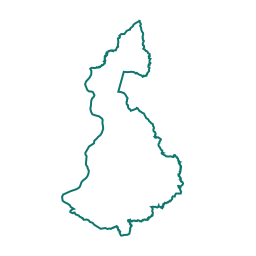 Central Gonja, Northern, Ghana (Robinson projection), rotated 95°
{"feature_id": "2480657B60919857809422", "entity_name": "Central Gonja", "entity_type": "district", "adm_level": 2, "iso_a3": "GHA", "parent_name": "Ghana", "parent_adm1": "Northern", "projection": "robinson", "projection_center": [-1.24, 8.941], "detail": "fine", "context": "isolated", "style": "outline", "palette": "teal", "viewbox_px": 256, "rotation_deg": 95, "n_neighbors": 0, "source": "geoboundaries", "source_scale": "gbopen_adm2", "svg_char_len": 5846}
<svg xmlns="http://www.w3.org/2000/svg" viewBox="0 0 256 256"><g transform="rotate(95 128 128)"><path d="M49.6,117.1L48.5,117.9L48.6,118.2L47.7,119.7L46.2,118.9L44.6,119.3L44.4,120.2L43.3,120.6L42.3,120.6L40.1,119.8L39.5,120.0L39.3,120.6L37.2,121.3L36.8,121.0L35.4,121.5L33.4,121.0L31.7,121.5L31.0,122.3L29.1,123.3L26.7,123.8L25.2,124.8L23.4,124.2L21.0,125.7L20.3,125.7L20.2,126.1L20.8,126.4L22.5,129.1L23.9,130.8L25.0,131.7L26.2,132.0L28.7,134.5L29.9,134.6L30.0,135.5L31.4,137.8L34.7,139.8L35.0,142.9L36.9,144.7L38.1,143.9L39.1,144.5L39.6,145.8L43.5,145.1L46.1,145.4L47.8,144.9L48.3,145.2L48.4,145.9L51.7,147.0L51.6,147.6L52.2,149.0L52.1,150.1L52.7,149.9L52.6,150.7L52.3,150.8L52.5,151.1L52.3,152.0L52.8,152.8L52.7,153.5L52.9,153.8L53.1,153.6L54.3,155.0L54.4,155.8L55.2,156.0L55.6,155.4L56.0,155.9L56.3,155.5L56.6,155.8L57.3,155.4L57.8,156.6L58.1,156.5L58.4,156.8L58.2,157.2L58.4,157.3L58.6,156.9L58.8,157.3L59.2,157.3L59.5,156.9L60.1,157.3L60.9,157.3L62.3,156.7L62.3,157.1L63.1,157.0L63.4,157.4L63.5,157.0L64.0,157.3L64.4,156.7L65.4,157.2L65.7,157.0L65.8,157.3L67.2,158.1L67.6,158.6L67.5,159.5L68.7,160.0L69.1,160.9L69.6,161.0L69.9,161.6L69.7,162.0L70.0,162.2L69.7,162.5L70.4,163.3L70.6,163.8L70.3,164.3L70.6,164.4L71.2,166.6L71.2,169.6L72.3,170.8L74.4,169.4L78.0,169.3L81.2,170.7L85.6,174.0L88.4,174.5L93.6,171.9L94.9,170.1L94.9,167.5L95.4,166.0L98.2,164.3L99.7,164.7L101.9,166.4L104.2,167.0L109.1,166.9L111.9,167.2L114.7,166.4L117.4,164.8L118.2,161.9L118.9,157.9L120.8,154.8L122.1,154.0L125.4,153.9L129.1,152.9L131.0,152.7L134.9,153.6L137.5,154.9L139.5,157.0L141.0,158.0L143.6,160.4L146.3,160.6L149.7,165.1L156.4,168.3L158.1,168.1L159.6,166.8L167.5,166.8L168.9,166.2L170.5,164.9L171.8,164.6L174.0,163.3L176.9,163.4L180.0,164.4L182.1,165.9L184.1,168.2L186.0,169.6L190.3,170.7L191.5,171.4L193.4,173.9L196.0,179.8L199.9,186.7L202.2,187.7L206.1,186.8L207.4,184.8L208.7,181.4L209.9,179.3L211.7,178.1L213.3,174.9L213.9,176.3L215.4,178.0L216.7,178.2L217.1,177.4L217.7,175.6L216.9,174.4L216.9,173.8L217.4,173.7L218.7,172.5L219.4,169.5L220.4,168.8L221.6,165.6L222.0,165.6L222.3,164.8L222.9,164.6L223.3,164.0L222.8,161.4L223.0,160.0L223.7,158.8L224.8,157.9L225.6,154.9L227.3,153.3L230.8,146.3L229.7,142.2L229.9,140.9L230.4,139.6L229.7,137.5L230.0,136.2L229.4,135.7L229.1,134.8L228.7,134.6L228.6,133.5L227.8,133.0L227.5,131.8L226.7,130.8L227.6,129.7L228.2,129.9L228.3,129.4L230.3,128.9L230.3,128.4L230.9,128.4L230.9,127.9L231.6,127.0L231.9,127.3L232.8,126.9L233.0,127.2L235.5,125.8L235.8,125.3L235.4,123.6L234.9,122.8L234.5,119.5L233.4,117.6L233.0,117.4L228.7,116.9L227.9,117.2L226.8,116.7L225.9,116.7L225.1,115.8L224.6,116.0L224.6,116.5L224.2,116.4L224.0,116.9L223.3,117.2L223.3,117.8L222.1,117.9L221.7,118.4L220.3,119.0L220.8,119.6L220.0,120.0L219.7,119.6L219.7,118.2L219.3,117.9L220.1,117.3L220.3,116.6L220.8,116.0L220.0,115.3L219.6,113.4L220.0,112.9L219.8,112.7L220.0,112.0L219.9,110.8L219.1,110.5L219.0,110.0L219.2,109.0L219.9,107.9L219.7,107.4L220.0,106.8L219.9,106.4L219.3,106.3L218.8,105.2L218.5,105.4L218.1,105.0L218.2,104.3L217.6,103.5L218.0,102.2L217.6,101.2L218.0,100.8L217.8,100.4L217.0,99.8L216.8,100.6L216.1,100.3L216.1,99.6L215.1,99.5L215.0,98.1L213.7,97.2L213.9,97.0L213.6,96.6L213.5,96.9L213.1,96.7L213.1,96.2L212.5,96.0L212.2,96.3L211.8,95.9L209.9,95.9L209.1,96.5L208.1,96.7L206.7,96.3L205.2,97.0L204.6,97.8L204.3,96.7L204.2,93.3L204.7,92.1L204.2,91.2L202.7,90.7L203.3,90.5L203.6,90.0L203.9,88.6L204.6,87.9L204.9,86.9L204.3,86.9L203.9,86.5L203.7,86.9L203.0,86.7L202.8,86.9L202.3,86.6L202.4,86.1L200.8,86.2L200.8,85.6L200.2,85.6L199.8,84.6L199.4,84.6L199.6,83.7L199.0,83.3L199.0,82.3L198.6,82.1L198.7,81.7L197.7,80.9L197.6,80.2L197.3,80.3L196.7,79.9L196.8,79.2L196.4,78.7L195.2,78.2L194.9,77.8L193.5,78.0L192.2,77.4L192.2,75.5L190.4,75.2L189.1,74.4L188.7,69.8L186.9,69.5L185.3,70.6L184.3,70.6L182.6,72.4L181.3,72.9L181.2,72.5L182.1,70.5L181.1,70.1L179.8,68.7L178.5,68.3L177.2,69.0L177.2,69.4L176.7,69.9L176.8,70.3L176.3,70.8L175.7,70.7L175.3,71.2L175.2,70.8L173.8,71.0L173.8,71.4L173.4,71.7L173.1,71.6L173.0,72.0L172.1,72.1L171.4,72.6L171.4,73.1L171.1,73.1L170.9,73.5L170.0,73.7L170.0,73.3L169.6,73.1L169.6,72.8L168.2,72.2L167.1,72.4L166.9,72.0L166.6,72.0L166.6,72.3L166.2,72.0L165.2,72.3L164.9,71.9L164.4,72.2L163.5,71.8L163.4,72.2L162.2,72.3L162.3,71.8L161.4,71.8L159.9,73.4L159.4,73.1L158.7,73.8L158.3,73.6L158.3,74.3L157.8,74.3L157.4,73.6L157.3,74.1L156.2,74.5L156.2,75.1L154.2,75.5L153.8,76.3L153.3,76.3L152.3,77.2L152.2,78.2L150.9,78.9L150.9,79.5L151.3,80.0L152.6,79.9L153.0,80.3L152.5,83.3L153.0,85.5L152.8,87.8L152.1,88.5L150.9,91.6L150.4,92.0L149.8,90.9L149.5,92.1L148.8,91.8L147.5,91.9L146.5,93.5L144.5,94.5L143.7,95.5L142.3,96.2L141.1,96.1L140.2,95.4L139.1,95.5L137.1,94.4L136.3,94.3L134.6,97.3L135.3,99.8L135.1,100.2L134.5,100.1L134.3,100.7L133.8,100.1L133.6,100.4L132.4,100.4L132.1,100.0L131.3,100.0L129.8,100.7L129.2,102.0L128.1,102.5L126.6,102.5L125.9,102.1L124.8,102.4L124.0,103.1L122.0,103.6L121.1,105.5L119.9,106.5L119.4,107.5L117.5,108.7L116.6,110.7L112.1,113.5L111.6,115.2L110.3,117.1L110.3,117.9L107.5,120.1L107.2,121.1L108.2,121.6L110.6,126.7L109.2,127.5L108.7,128.9L107.2,129.8L105.3,130.0L104.7,131.2L102.2,131.8L101.4,131.3L99.8,131.5L98.7,131.0L97.8,131.3L97.2,132.1L95.6,133.0L93.6,134.9L92.8,138.2L92.7,140.8L72.4,137.1L72.4,133.5L71.7,129.3L71.9,126.6L73.0,125.1L72.9,124.5L72.6,124.5L72.3,124.0L73.4,122.4L74.5,119.6L74.4,119.1L75.6,117.9L75.0,117.3L75.3,117.2L75.0,116.8L75.0,116.2L74.2,115.3L74.5,114.8L74.3,114.2L73.9,114.3L72.7,113.5L72.1,113.8L69.4,111.9L68.4,112.3L66.2,111.8L65.5,112.9L64.9,112.8L64.6,113.1L63.1,112.9L62.6,112.6L62.8,112.2L62.2,112.3L62.1,111.7L61.4,111.3L60.9,112.1L59.9,112.4L58.0,112.2L57.1,111.7L56.7,113.2L55.8,113.1L55.2,113.5L54.7,112.8L54.3,113.2L53.9,112.7L52.5,112.9L51.6,114.6L50.9,114.8L49.6,116.2L49.6,117.1Z" fill="none" stroke="#0f766e" stroke-width="2"/></g></svg>